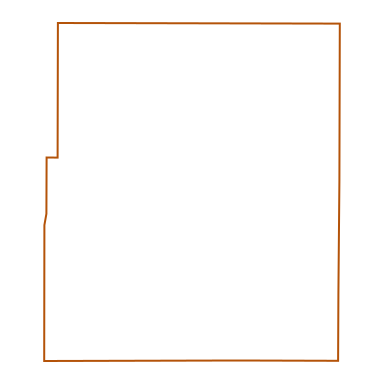 outline of Chase, Kansas, United States of America
{"feature_id": "52423323B84627623723437", "entity_name": "Chase", "entity_type": "district", "adm_level": 2, "iso_a3": "USA", "parent_name": "United States of America", "parent_adm1": "Kansas", "projection": "orthographic", "projection_center": [-96.608, 38.304], "detail": "fine", "context": "isolated", "style": "outline", "palette": "amber", "viewbox_px": 384, "rotation_deg": 0, "n_neighbors": 0, "source": "geoboundaries", "source_scale": "gbopen_adm2", "svg_char_len": 262}
<svg xmlns="http://www.w3.org/2000/svg" viewBox="0 0 384 384"><path d="M339.8,23.6L57.9,23.0L57.6,157.6L46.6,157.5L46.4,213.8L44.4,225.1L44.2,361.0L237.8,360.5L338.1,360.8L338.4,293.6L339.4,180.9L339.8,23.6Z" fill="none" stroke="#b45309" stroke-width="2"/></svg>